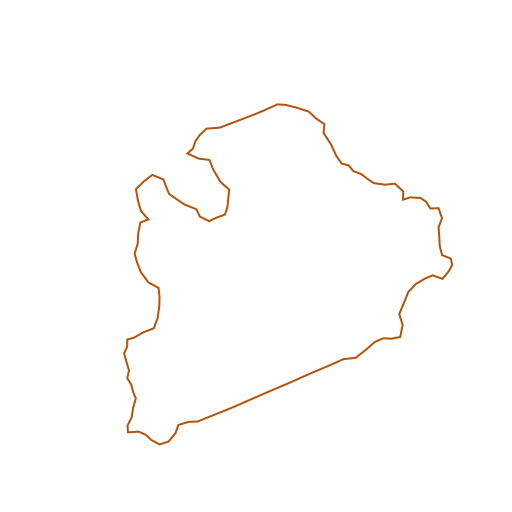 Cajamar, São Paulo, Brazil (Mercator projection), rotated 67°
{"feature_id": "56859067B74244976946556", "entity_name": "Cajamar", "entity_type": "district", "adm_level": 2, "iso_a3": "BRA", "parent_name": "Brazil", "parent_adm1": "São Paulo", "projection": "mercator", "projection_center": [-46.876, -23.354], "detail": "fine", "context": "isolated", "style": "outline", "palette": "amber", "viewbox_px": 512, "rotation_deg": 67, "n_neighbors": 0, "source": "geoboundaries", "source_scale": "gbopen_adm2", "svg_char_len": 1600}
<svg xmlns="http://www.w3.org/2000/svg" viewBox="0 0 512 512"><g transform="rotate(67 256 256)"><path d="M388.7,204.2L385.1,191.0L381.5,180.2L381.5,170.8L385.1,163.5L386.9,154.9L376.9,148.0L365.4,146.8L357.6,138.8L348.5,129.7L344.2,119.7L342.8,109.1L342.8,101.0L349.9,93.3L345.3,84.4L340.9,78.9L334.5,77.7L327.8,84.4L318.5,82.9L309.6,79.7L300.8,76.7L294.0,70.0L283.3,69.3L280.4,77.0L272.6,78.2L266.9,81.8L262.3,91.0L261.6,98.7L254.1,95.2L243.7,99.9L240.8,109.3L234.8,119.3L228.0,123.6L221.7,127.1L216.0,133.2L208.8,135.3L204.4,141.0L194.9,143.0L182.8,143.3L169.2,145.7L161.4,141.5L153.2,146.8L143.7,151.0L134.8,161.3L128.3,170.0L124.8,177.1L125.1,191.3L125.1,200.7L123.7,239.1L119.4,251.9L122.7,260.6L126.6,266.8L132.6,272.2L134.8,279.1L143.9,270.8L149.4,261.3L159.8,261.6L174.2,259.7L184.3,254.7L199.6,263.1L205.7,268.3L205.3,277.5L205.6,285.6L197.8,292.3L189.6,292.6L180.7,301.7L171.4,307.7L165.0,311.7L157.3,311.7L149.4,311.3L140.8,319.8L143.3,329.5L147.6,340.4L159.3,343.1L169.6,344.3L180.3,340.8L180.0,349.3L188.9,355.5L198.2,359.9L206.4,366.8L215.5,368.0L226.0,368.3L238.3,365.3L247.3,358.2L255.4,360.6L264.0,364.4L274.4,370.6L282.6,378.3L282.2,389.2L283.5,399.8L282.6,407.1L289.0,409.9L294.0,415.4L303.2,416.7L311.7,417.6L318.2,422.2L325.6,421.1L333.4,422.2L340.2,422.3L347.8,428.5L355.6,433.2L361.9,440.5L368.3,442.7L371.9,432.5L377.6,427.3L384.4,424.3L391.8,418.4L392.6,409.0L387.6,399.3L381.2,393.4L382.3,383.2L385.5,374.5L386.2,338.9L385.8,297.3L385.8,284.4L385.8,275.5L385.4,253.5L385.4,240.6L385.4,228.7L385.1,215.8L388.7,204.2Z" fill="none" stroke="#b45309" stroke-width="2"/></g></svg>